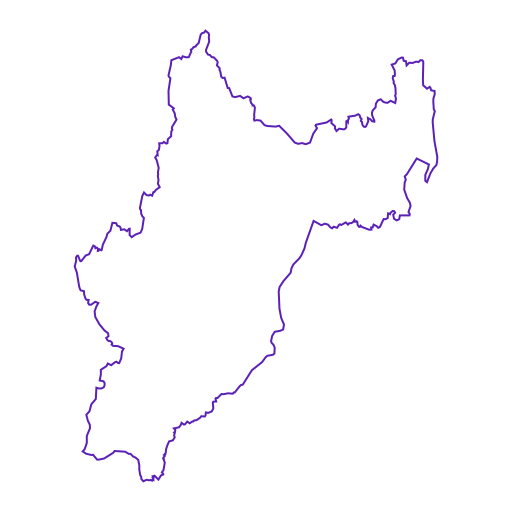 Amparafaravola, Alaotra-Mangoro, Madagascar (Equal Earth projection)
{"feature_id": "10022922B80147144228565", "entity_name": "Amparafaravola", "entity_type": "district", "adm_level": 2, "iso_a3": "MDG", "parent_name": "Madagascar", "parent_adm1": "Alaotra-Mangoro", "projection": "equal_earth", "projection_center": [48.36, -17.461], "detail": "fine", "context": "isolated", "style": "outline", "palette": "violet", "viewbox_px": 512, "rotation_deg": 0, "n_neighbors": 0, "source": "geoboundaries", "source_scale": "gbopen_adm2", "svg_char_len": 5981}
<svg xmlns="http://www.w3.org/2000/svg" viewBox="0 0 512 512"><path d="M391.7,64.6L394.7,70.6L394.9,74.9L394.6,76.0L393.2,76.0L392.7,78.1L393.8,81.6L393.6,83.0L395.0,85.4L395.5,88.7L395.7,94.4L395.1,95.7L396.0,98.6L395.2,103.0L390.6,100.8L387.5,102.8L386.0,102.7L383.5,102.0L380.7,99.3L377.9,100.4L375.9,103.7L375.6,107.3L372.8,110.3L372.0,112.5L372.1,115.3L374.4,120.8L374.3,121.7L372.1,121.2L370.6,119.5L367.9,118.0L368.3,121.2L366.1,126.2L365.0,127.0L363.7,126.6L362.5,125.0L361.9,121.8L360.8,120.9L361.6,119.0L360.3,117.7L359.7,115.4L358.3,114.2L355.0,115.7L348.4,116.7L348.9,118.6L348.0,120.2L347.9,122.0L347.1,120.8L346.3,121.3L346.3,127.2L345.6,128.4L344.0,129.4L339.1,128.7L336.5,131.0L334.9,128.4L335.1,126.4L331.4,123.1L331.6,120.0L331.2,119.5L326.6,122.5L316.0,124.7L315.5,125.6L317.0,128.2L313.3,133.6L310.0,142.6L305.7,144.2L302.2,143.1L298.0,143.8L294.8,142.6L286.9,133.5L279.2,125.8L275.8,126.6L267.1,126.0L264.5,125.1L260.5,120.6L257.0,120.1L254.4,120.6L253.9,119.1L254.4,117.1L254.1,115.4L254.9,107.6L254.0,105.6L252.6,105.5L252.7,104.7L251.3,103.3L250.2,99.9L250.8,99.4L250.7,98.2L248.6,96.8L247.5,96.5L243.5,98.3L240.1,95.9L235.2,97.1L232.4,96.4L229.2,88.1L227.7,88.0L224.6,77.7L222.7,78.0L221.3,76.8L220.3,71.5L219.5,70.0L219.7,68.3L216.9,65.4L217.7,62.4L217.1,60.8L213.7,57.3L211.8,57.2L210.0,55.1L207.9,54.5L206.1,51.7L206.0,50.0L209.2,41.6L208.8,36.9L209.1,34.9L208.6,33.3L205.5,30.7L204.2,32.5L202.0,33.2L200.7,34.6L198.7,43.0L196.2,45.4L195.7,46.5L193.6,47.1L191.9,49.2L190.9,49.6L191.3,51.5L188.8,57.1L186.4,57.4L182.6,56.3L181.3,59.0L179.0,57.2L171.4,60.2L170.8,65.3L168.5,75.3L168.8,76.6L170.4,78.2L168.5,90.9L168.8,104.6L173.8,108.3L172.8,109.6L174.7,113.3L175.3,117.1L176.5,119.6L172.2,126.7L171.8,128.1L172.4,129.7L171.3,131.4L171.1,136.3L167.9,139.1L167.4,143.2L166.2,143.6L163.9,141.9L162.5,143.2L159.2,143.3L159.5,146.4L158.8,150.0L157.3,151.3L157.7,155.3L156.9,155.1L155.2,157.5L156.7,160.2L158.7,167.9L157.9,172.6L158.2,174.5L157.8,175.8L158.5,180.1L157.9,183.8L159.7,187.1L155.7,190.1L154.3,192.1L153.4,192.1L152.1,195.7L150.2,194.7L148.9,195.5L146.5,195.1L144.0,192.5L142.3,196.0L139.9,208.0L140.3,209.6L141.0,210.1L141.2,213.7L142.4,216.4L143.9,217.9L142.2,228.9L140.6,232.6L135.2,234.7L131.7,237.2L129.6,235.0L129.7,228.7L129.0,228.8L127.0,231.2L124.3,229.3L120.9,229.9L120.6,227.8L119.7,226.5L117.2,225.6L116.2,223.2L112.4,222.8L110.4,230.7L107.4,233.7L106.5,236.9L102.8,244.8L101.7,250.0L101.2,250.3L99.3,249.2L98.6,250.7L97.8,250.9L98.0,249.2L97.4,248.1L96.7,247.6L95.4,248.2L95.0,246.5L93.3,245.6L89.1,254.2L85.7,255.5L81.4,261.0L80.6,261.2L80.0,260.6L78.1,255.8L77.2,255.7L76.0,257.5L76.2,260.7L74.7,266.5L76.8,272.4L79.2,286.7L80.2,289.6L80.8,290.4L84.0,291.2L84.1,294.2L85.6,298.9L86.5,299.8L88.6,299.9L88.1,303.0L89.2,304.7L91.1,304.7L95.2,301.8L98.3,303.0L96.3,306.6L94.6,311.5L95.3,317.0L99.4,324.3L104.5,330.5L108.1,333.2L108.5,336.2L106.2,338.0L107.3,339.9L108.4,340.9L110.5,341.2L111.9,342.5L112.2,343.6L111.6,344.6L112.9,345.8L118.2,346.2L123.6,348.7L122.0,351.5L121.2,358.4L119.2,363.1L118.0,363.0L116.4,361.7L114.8,362.3L111.2,365.2L107.8,363.5L106.5,366.1L100.8,369.8L100.9,374.2L99.7,380.5L103.5,381.3L104.6,383.0L104.6,385.2L103.8,387.2L101.7,388.4L98.8,388.5L96.4,387.7L95.8,399.0L91.4,404.2L89.4,411.4L86.3,414.8L87.9,420.8L89.8,424.7L90.0,428.2L86.8,436.0L86.8,443.0L84.6,449.3L82.7,451.4L86.1,453.7L91.3,455.0L93.1,454.8L97.1,459.6L98.3,459.7L104.1,458.5L113.1,452.9L114.6,451.0L125.2,451.7L128.8,453.9L130.6,453.9L133.0,456.4L135.4,457.5L138.2,459.8L139.3,465.2L139.3,469.5L140.2,475.2L141.1,476.5L141.4,479.0L143.3,481.3L146.5,479.8L149.2,480.3L150.8,479.9L152.0,480.7L152.8,479.5L153.4,479.9L153.4,478.3L152.7,477.7L153.5,477.1L152.8,476.2L154.5,475.7L158.4,479.6L161.0,475.4L163.2,474.5L163.2,473.8L161.9,472.4L163.5,470.0L164.8,462.6L163.3,458.6L163.7,458.6L163.4,457.7L164.8,456.0L164.0,455.1L165.2,454.4L164.9,453.8L165.7,453.0L166.1,449.1L167.4,445.2L169.1,441.4L172.8,440.4L174.7,437.3L174.1,435.4L174.7,433.3L174.1,432.5L175.0,432.0L175.3,430.0L173.9,428.4L179.0,427.3L180.9,424.8L181.6,422.8L184.0,424.6L185.1,424.2L187.2,421.6L189.7,423.3L192.4,421.4L193.3,421.5L194.1,420.5L196.4,420.2L200.2,417.7L201.3,416.2L204.8,416.5L205.5,415.4L205.9,412.4L208.2,412.9L211.8,411.4L213.3,408.5L212.8,402.7L213.3,401.7L216.2,401.5L215.5,398.7L216.0,398.0L217.5,398.0L221.5,394.0L223.6,394.2L228.1,393.3L232.8,393.7L233.7,392.5L234.7,392.5L239.7,386.2L241.0,385.0L242.7,384.7L251.9,370.2L262.1,362.1L265.5,357.4L267.3,355.8L272.9,354.8L274.4,353.5L274.7,347.7L273.5,344.8L271.5,342.7L271.1,341.0L272.1,336.0L274.7,331.8L280.2,330.8L283.1,329.5L284.0,324.6L281.2,317.9L279.5,309.1L278.7,291.7L279.6,287.0L283.5,281.0L290.6,272.8L291.5,268.2L293.4,264.4L299.4,258.3L301.6,254.9L304.5,248.3L305.8,242.9L313.6,220.9L321.3,225.2L324.9,223.7L328.0,224.6L330.3,227.3L332.1,228.3L333.7,226.7L337.0,227.8L339.2,224.6L340.0,224.3L341.2,225.0L345.8,222.4L348.0,224.6L349.2,223.2L351.5,223.1L353.0,222.1L354.4,219.9L355.2,221.8L356.5,221.2L357.3,221.8L357.6,224.9L359.1,226.9L360.0,226.8L360.5,225.7L362.0,227.0L369.1,229.7L371.4,229.6L371.1,227.5L372.7,227.4L373.6,224.6L376.9,226.3L378.2,227.8L379.9,227.0L383.6,219.1L385.6,219.2L387.7,218.0L388.1,213.4L390.0,214.2L390.5,212.8L392.7,211.0L394.2,211.2L395.1,212.7L393.2,214.7L394.0,218.7L396.6,220.4L399.2,219.2L399.9,215.4L409.5,215.4L409.8,214.1L408.5,212.0L410.6,205.9L409.8,202.6L407.1,198.0L404.2,189.6L404.7,182.4L405.8,179.6L404.7,176.4L406.9,174.2L416.7,158.5L428.9,164.5L427.9,169.0L425.3,174.9L425.3,180.8L427.0,182.2L430.4,173.4L433.2,168.6L436.4,165.0L437.1,161.6L437.3,156.9L434.5,141.5L432.7,122.5L432.8,119.2L434.8,111.2L433.8,109.4L433.3,101.5L433.4,98.5L434.7,94.3L434.6,91.0L431.1,90.3L430.4,87.7L429.7,86.9L427.0,88.7L423.2,85.3L422.9,80.2L423.3,61.8L422.4,60.3L420.4,60.2L418.5,62.1L416.2,61.6L412.4,63.0L409.3,62.7L406.6,65.4L406.0,61.2L403.7,60.8L403.0,57.7L401.7,57.5L397.8,59.4L395.4,63.4L391.7,64.6Z" fill="none" stroke="#5b21b6" stroke-width="2"/></svg>